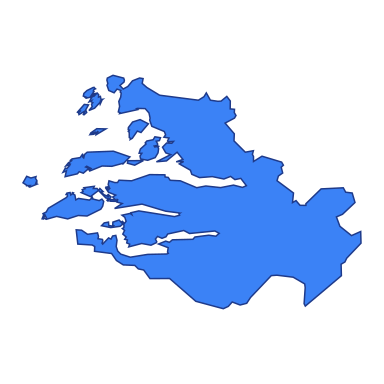 the district of Meløy nor, Nordland, Norway
{"feature_id": "86288312B75314465532393", "entity_name": "Meløy nor", "entity_type": "district", "adm_level": 2, "iso_a3": "NOR", "parent_name": "Norway", "parent_adm1": "Nordland", "projection": "mercator", "projection_center": [13.563, 66.788], "detail": "fine", "context": "isolated", "style": "filled", "palette": "blue", "viewbox_px": 384, "rotation_deg": 0, "n_neighbors": 0, "source": "geoboundaries", "source_scale": "gbopen_adm2", "svg_char_len": 5906}
<svg xmlns="http://www.w3.org/2000/svg" viewBox="0 0 384 384"><path d="M195.8,301.3L223.3,308.7L228.3,306.4L232.2,302.0L240.1,305.0L246.7,303.3L250.5,297.5L271.3,275.6L276.9,275.2L293.2,277.2L304.7,283.9L305.2,287.7L304.1,303.7L305.3,306.1L341.4,275.7L341.1,264.2L344.9,262.0L346.7,258.2L361.0,243.2L360.7,231.5L351.5,235.6L339.9,226.3L336.4,216.9L342.5,214.3L355.0,202.5L352.2,193.0L345.7,192.2L343.3,187.8L321.1,188.9L305.9,203.7L305.9,205.4L300.0,205.3L296.0,200.6L292.5,202.6L293.5,193.0L277.0,180.7L278.4,176.0L282.7,173.0L281.2,167.2L283.4,165.2L281.6,162.1L262.0,156.2L253.5,161.5L253.5,156.5L252.4,154.4L253.4,150.7L245.3,152.2L234.0,140.9L234.3,133.8L225.1,123.1L234.5,118.1L236.0,115.5L234.3,112.6L234.5,109.3L230.2,108.9L230.3,101.0L226.8,96.4L221.1,101.1L217.9,101.3L210.4,100.2L206.3,92.9L204.0,96.7L198.4,100.2L159.6,95.2L146.9,87.5L142.2,83.4L143.1,78.6L139.6,78.0L132.5,80.8L127.8,86.5L123.2,89.0L119.9,85.5L124.0,82.1L124.4,80.2L123.7,78.1L113.0,75.3L107.3,78.1L106.9,80.1L107.8,83.5L107.0,85.3L108.8,90.5L114.1,92.8L117.0,89.1L120.9,90.4L120.2,92.0L121.2,93.1L120.7,97.1L118.8,101.4L119.6,106.4L118.3,111.9L120.0,112.7L119.6,113.6L137.7,109.6L136.5,108.7L137.2,108.4L145.2,108.6L149.0,113.0L150.1,118.2L149.7,120.1L151.8,126.3L164.3,131.5L165.6,134.8L163.9,137.2L169.0,138.0L167.5,141.0L168.1,141.7L173.5,141.4L171.8,143.3L166.6,143.0L162.5,147.2L165.8,152.9L170.7,154.6L156.4,161.8L166.5,160.9L177.1,152.2L182.9,159.4L176.2,161.8L183.7,161.5L179.3,163.9L190.4,170.2L191.8,174.3L199.5,177.6L212.3,176.6L223.9,179.0L230.6,176.4L234.9,179.6L240.8,178.4L246.4,185.7L242.5,187.4L233.5,185.1L220.6,187.6L205.8,186.0L196.7,187.7L180.3,180.8L170.2,180.3L168.2,177.4L165.1,177.0L164.9,174.8L149.7,174.6L131.6,180.8L119.0,180.2L117.6,182.5L114.9,182.6L109.0,180.8L108.2,184.4L109.1,187.1L108.9,187.3L108.1,186.8L107.8,186.7L107.6,186.9L109.8,188.3L108.6,189.7L106.1,187.0L105.6,187.9L108.5,192.3L115.7,195.1L112.7,197.0L115.4,199.8L110.4,199.5L110.1,201.2L116.2,201.4L117.1,199.4L117.7,199.7L117.0,202.1L122.2,203.5L114.6,208.5L142.0,204.1L165.7,211.2L179.7,213.0L178.6,213.4L179.7,213.3L179.0,213.8L179.6,215.2L174.5,216.6L138.8,210.9L131.0,212.7L131.8,214.6L130.1,213.4L122.0,215.2L124.8,217.3L126.1,221.3L124.5,223.4L121.9,220.9L124.0,225.4L123.8,227.7L122.3,228.5L124.6,230.4L122.8,234.1L126.2,237.0L124.7,239.3L127.4,239.9L126.7,242.9L129.7,244.2L128.7,246.9L141.7,243.5L151.0,245.2L156.3,242.7L156.8,241.8L155.4,239.0L157.6,236.4L162.0,238.3L166.0,236.8L167.7,234.0L183.8,230.5L189.5,233.5L214.9,231.0L219.2,233.3L215.9,236.2L208.8,235.2L194.9,237.0L192.9,239.3L172.4,239.8L169.4,242.3L165.7,241.1L158.5,244.0L168.2,247.7L167.5,252.1L168.3,253.3L166.7,254.0L147.6,254.4L130.3,257.2L120.7,254.1L117.7,251.0L116.2,246.5L117.0,240.3L115.8,235.4L112.6,236.0L111.0,239.1L108.6,237.9L102.7,244.1L102.0,243.2L102.8,241.0L102.6,239.7L102.4,239.4L98.0,238.7L98.5,236.3L97.5,232.9L87.6,234.3L81.6,230.2L76.2,229.8L77.8,244.1L92.2,245.0L94.7,246.5L94.5,251.3L111.6,253.5L116.4,260.5L123.3,264.9L134.8,265.4L138.3,268.9L143.7,270.0L150.0,278.6L169.6,278.5L195.8,301.3ZM73.5,192.9L71.8,192.4L72.9,193.3L70.8,195.0L70.1,192.5L66.9,193.1L66.1,194.5L67.4,194.6L67.4,196.4L66.1,197.7L48.4,208.2L46.2,212.0L43.0,213.6L43.8,214.7L42.1,218.8L43.5,219.0L44.6,216.0L43.7,215.1L44.8,214.6L46.5,218.1L45.0,218.6L46.2,219.3L56.6,216.4L67.7,218.9L78.2,215.5L87.1,216.0L100.8,209.2L102.7,206.2L103.7,201.4L101.9,199.1L99.2,200.6L92.4,198.9L92.6,198.1L92.4,197.5L89.5,200.1L78.5,198.4L75.8,199.9L74.9,195.0L72.8,193.9L73.5,192.9ZM113.4,151.2L87.2,152.2L84.6,154.4L83.7,157.9L82.6,156.9L82.9,155.1L82.7,154.3L82.5,154.2L80.1,157.6L72.1,158.9L69.8,160.8L72.3,160.2L69.1,162.5L69.9,163.9L69.8,164.5L68.4,162.8L65.8,166.0L70.0,164.7L69.5,165.7L66.9,168.6L65.4,168.0L63.0,172.3L66.4,170.9L65.1,176.7L77.4,173.8L79.2,171.7L83.3,173.2L88.9,168.4L85.6,167.0L86.7,166.2L91.1,168.5L89.0,169.9L89.7,171.0L102.1,166.0L111.9,166.3L123.7,163.1L122.4,163.8L122.9,164.0L129.9,156.9L113.4,151.2ZM160.5,137.7L154.9,136.8L153.2,139.7L146.8,141.0L145.2,142.9L146.0,144.0L140.4,149.0L139.1,153.2L141.8,153.3L140.0,156.0L140.6,159.0L147.7,160.3L155.2,157.6L158.0,152.9L158.6,148.7L157.9,147.1L159.3,146.1L154.8,147.0L154.2,146.0L157.4,145.4L157.7,144.1L156.2,141.2L159.4,140.6L160.5,137.7ZM140.1,119.6L132.6,122.0L128.4,127.5L128.2,129.7L129.4,130.1L128.3,131.5L129.2,132.2L129.3,137.6L130.5,138.3L130.2,139.5L132.3,138.3L137.3,131.1L141.0,132.5L148.4,123.8L140.1,119.6ZM94.3,186.3L84.0,187.7L85.0,188.8L82.2,189.6L83.1,191.5L81.2,192.6L92.3,197.4L91.5,195.8L98.5,190.5L105.9,198.0L108.2,198.4L107.0,200.3L108.0,201.1L111.0,196.9L108.2,194.5L107.4,195.3L108.8,196.9L104.0,194.7L100.9,192.0L103.1,191.6L99.9,188.5L98.7,190.4L97.1,188.5L93.3,188.5L94.3,186.3ZM97.1,93.0L93.9,96.3L92.5,96.1L94.6,93.6L93.3,93.8L90.6,97.0L93.0,96.6L90.0,97.4L91.4,98.1L89.1,101.8L91.6,100.7L90.9,101.7L92.8,102.7L91.5,104.2L92.2,106.6L88.9,110.5L94.6,108.2L99.9,102.5L100.2,104.1L101.6,101.0L99.8,101.5L102.7,99.3L101.0,99.5L100.4,96.4L98.5,97.1L98.7,94.7L97.1,93.0ZM26.7,176.3L23.0,182.8L26.8,185.3L25.9,185.8L30.0,185.5L29.0,186.7L29.8,187.1L37.1,184.1L35.7,183.5L36.3,181.9L36.8,183.3L36.9,180.6L35.5,178.4L36.0,176.6L30.9,178.0L26.7,176.3ZM119.1,220.0L112.9,222.1L112.7,225.3L113.7,225.6L113.1,226.2L108.8,225.5L108.5,222.1L104.2,222.9L101.5,225.7L110.7,227.6L120.1,226.3L122.8,224.1L119.1,220.0ZM94.7,87.3L93.1,87.5L87.0,90.5L83.9,93.4L83.3,96.1L86.9,97.5L85.5,97.7L86.1,98.2L90.0,97.3L94.0,91.4L93.3,90.9L93.9,89.5L95.5,88.8L94.1,87.6L94.7,87.3ZM143.4,160.6L127.9,160.7L127.4,163.2L134.7,165.2L143.4,160.6ZM88.5,104.9L84.3,104.4L76.9,112.8L79.5,110.5L80.4,111.0L78.6,112.6L79.0,114.6L85.0,111.0L83.3,114.5L84.0,114.8L86.7,112.5L85.7,109.9L88.5,104.9ZM105.9,128.9L96.8,128.7L90.8,132.9L90.2,134.1L93.7,132.1L91.3,134.5L93.5,134.3L94.4,132.8L95.6,131.6L94.5,134.4L98.2,131.0L96.5,134.5L105.9,128.9Z" fill="#3b82f6" stroke="#1e3a8a" stroke-width="1.5"/></svg>